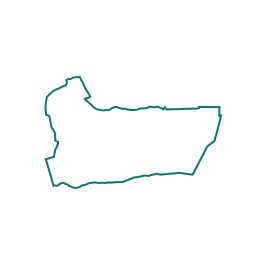 Sanislau, Satu Mare, Romania (Mercator projection), rotated 335°
{"feature_id": "2599482B43386440731502", "entity_name": "Sanislau", "entity_type": "district", "adm_level": 2, "iso_a3": "ROU", "parent_name": "Romania", "parent_adm1": "Satu Mare", "projection": "mercator", "projection_center": [22.273, 47.65], "detail": "fine", "context": "isolated", "style": "outline", "palette": "teal", "viewbox_px": 256, "rotation_deg": 335, "n_neighbors": 0, "source": "geoboundaries", "source_scale": "gbopen_adm2", "svg_char_len": 5605}
<svg xmlns="http://www.w3.org/2000/svg" viewBox="0 0 256 256"><g transform="rotate(335 128 128)"><path d="M217.7,156.0L217.5,155.9L215.9,155.6L218.7,150.0L219.8,147.8L218.7,147.3L216.7,146.3L212.8,144.4L211.4,143.7L210.1,143.2L208.4,142.3L207.3,141.8L206.3,141.3L206.2,141.3L203.2,139.9L201.1,138.9L200.7,140.0L199.2,139.7L196.9,138.7L193.5,137.3L193.5,137.2L192.6,136.8L192.4,136.7L190.4,135.9L188.0,134.8L186.7,134.3L179.7,131.4L178.4,130.8L176.6,129.9L175.6,129.5L174.4,129.0L171.7,127.9L171.3,127.8L171.0,127.7L170.8,126.8L170.2,124.7L169.0,125.5L168.9,125.6L168.5,125.8L168.0,126.1L166.9,124.5L166.5,124.2L165.4,123.0L164.7,122.2L164.2,121.6L163.9,121.3L163.6,121.2L163.4,121.0L163.1,121.0L162.7,120.9L161.4,120.6L160.9,120.4L160.2,120.1L159.3,119.6L158.9,119.5L158.6,119.3L158.4,119.1L158.2,119.0L158.0,118.7L157.8,118.5L157.6,118.4L157.3,118.2L157.0,118.1L156.7,118.1L155.9,118.0L155.4,117.9L154.6,117.8L153.7,117.8L152.9,117.7L152.2,117.5L151.2,117.1L150.4,116.8L149.4,116.3L148.5,116.0L147.3,115.6L146.5,115.5L145.1,115.3L143.4,115.0L142.3,114.8L141.7,114.6L140.9,114.2L140.4,114.0L139.2,113.4L136.2,111.6L135.4,111.1L135.0,110.7L133.9,109.6L132.8,109.0L131.4,108.3L130.3,107.7L130.0,107.3L129.6,107.0L129.2,106.6L128.0,105.5L127.8,105.3L127.3,104.9L126.7,104.3L126.5,104.1L126.3,103.9L125.7,103.7L125.2,103.5L124.9,103.4L123.7,103.3L122.4,103.2L121.7,103.2L120.4,103.5L119.3,103.6L119.0,103.6L117.9,103.5L117.5,103.4L117.4,103.3L117.1,103.2L116.4,102.6L116.2,102.6L115.2,102.3L114.7,102.2L114.0,102.0L113.6,101.8L112.4,101.2L112.0,101.0L111.7,100.8L110.2,99.7L109.1,98.9L108.0,98.1L107.7,97.8L107.0,96.9L105.8,95.0L105.6,94.8L105.4,94.1L105.2,93.6L104.5,91.4L103.3,88.6L102.7,87.2L102.0,85.5L101.3,84.1L101.3,83.9L101.3,83.2L103.4,83.6L104.8,83.9L106.0,84.0L107.0,83.7L106.9,83.5L106.9,83.4L106.9,82.8L106.9,82.3L107.0,81.9L107.0,81.4L106.9,80.5L106.7,79.2L106.6,78.1L106.6,77.7L106.4,76.3L106.3,75.3L106.1,74.9L105.9,74.5L106.0,73.4L106.1,70.6L106.2,68.2L106.2,67.2L106.2,66.7L106.2,66.2L105.8,65.1L105.8,64.4L105.8,63.9L105.8,63.4L105.8,62.9L105.8,62.1L105.8,61.5L105.8,61.4L104.8,61.0L101.8,59.8L100.4,59.3L99.8,59.2L99.3,59.0L99.1,59.0L98.5,59.2L97.2,59.3L96.7,59.3L95.3,58.9L94.8,58.5L93.6,58.4L92.3,58.6L92.2,59.4L91.9,60.6L91.4,61.5L90.0,63.0L89.4,63.0L87.0,62.8L86.6,62.8L84.7,62.8L83.9,62.9L82.9,63.0L81.4,62.8L80.3,62.8L77.9,62.8L77.4,62.9L76.4,63.0L75.1,63.2L74.0,63.4L72.4,64.0L71.7,64.1L69.6,64.9L68.8,65.1L67.5,65.6L65.8,68.2L65.0,69.3L63.7,71.5L62.8,72.7L62.5,73.3L61.1,76.7L60.4,78.6L59.4,81.2L60.7,82.6L61.7,84.0L61.5,84.9L60.9,87.5L59.9,91.6L59.4,93.5L59.0,95.2L59.3,97.1L59.5,99.0L59.7,101.5L59.8,101.9L59.6,102.4L58.7,104.3L58.5,104.8L57.8,106.3L56.9,108.2L56.8,108.7L57.6,110.0L58.0,110.4L58.8,111.0L58.2,112.2L57.5,113.4L56.1,114.1L55.0,115.7L53.2,116.5L51.7,118.8L50.9,119.8L50.0,120.9L49.0,122.3L48.4,123.0L47.4,122.6L45.4,122.3L43.3,122.0L41.2,121.8L40.3,121.6L40.0,123.4L39.8,125.3L39.4,127.9L39.3,128.5L39.0,130.3L38.9,130.8L38.6,133.0L38.2,135.7L38.0,137.1L37.6,139.5L37.3,141.2L36.8,144.3L36.7,145.1L36.3,147.9L36.2,148.8L36.5,148.7L37.4,149.3L38.6,150.0L38.9,150.2L39.6,150.4L39.9,150.5L40.6,150.4L41.0,150.5L41.8,150.0L42.2,149.9L42.5,149.8L42.9,149.7L44.2,149.8L44.9,149.8L45.2,149.9L45.9,150.3L46.3,150.5L46.7,150.9L47.0,151.2L47.2,151.5L47.3,151.9L47.4,152.0L48.0,152.6L48.2,152.8L48.4,152.9L48.6,153.0L48.8,153.1L49.1,153.4L49.4,153.8L49.6,154.2L49.7,154.4L49.8,154.6L49.9,154.8L50.0,155.2L50.1,155.6L50.4,155.8L50.5,155.9L50.8,156.3L51.2,156.7L51.5,156.9L51.7,157.1L52.3,157.8L52.6,158.1L53.2,158.8L53.7,159.3L54.8,160.0L55.5,160.4L55.8,160.5L56.2,160.6L56.8,160.7L58.4,160.8L59.9,161.0L60.0,161.0L60.8,160.8L61.6,160.6L61.8,160.6L62.1,160.7L62.7,160.9L63.0,161.0L63.3,161.0L63.7,161.1L64.1,161.3L64.3,161.4L64.6,161.4L65.0,161.4L65.9,161.5L66.2,161.5L66.7,161.6L66.9,161.7L67.2,161.5L67.8,161.5L68.2,161.5L68.6,161.5L69.2,161.6L70.2,161.7L70.4,161.8L70.6,161.9L71.0,162.0L71.6,162.2L72.0,162.4L72.4,162.6L72.8,162.7L73.2,162.7L73.6,162.8L73.9,162.9L74.1,162.9L74.7,163.3L76.0,164.0L77.1,164.7L77.3,164.8L77.8,165.1L78.3,165.3L78.7,165.6L79.2,165.9L79.5,166.0L80.1,166.2L80.4,166.3L80.7,166.4L80.9,166.5L81.4,166.5L81.7,166.6L82.2,167.0L83.7,168.1L83.9,168.2L84.2,168.3L84.6,168.4L85.1,168.4L85.4,168.5L85.6,168.5L87.1,169.2L87.7,169.4L88.0,169.6L88.3,169.7L88.4,169.8L88.9,169.9L89.1,170.0L89.5,170.2L89.7,170.4L90.5,170.8L91.0,171.0L92.1,171.3L92.3,171.3L93.3,171.8L94.2,172.1L95.3,172.5L96.1,172.8L96.7,173.1L97.0,173.2L97.2,173.3L98.1,173.7L99.3,174.3L100.4,174.7L100.6,174.8L101.8,174.7L102.3,174.8L103.3,174.8L104.8,174.8L106.0,175.0L106.9,175.1L107.1,175.0L108.3,175.2L109.0,175.2L109.7,175.3L110.4,175.4L110.9,175.4L112.0,175.4L112.5,175.4L113.3,175.6L114.0,175.9L114.4,176.0L115.0,176.3L115.5,176.4L116.1,176.7L116.6,176.8L118.4,177.1L118.9,177.2L119.9,177.4L120.4,177.5L123.1,178.2L123.4,178.3L124.1,178.7L124.6,179.0L125.6,179.7L126.3,180.1L126.9,180.2L128.2,180.3L130.1,180.6L132.8,181.2L133.6,181.4L135.0,181.8L135.3,181.9L135.6,182.2L135.9,182.4L136.6,183.1L136.8,183.3L137.5,183.7L137.6,183.9L139.0,184.5L139.9,184.8L141.0,185.1L142.1,185.6L143.6,186.1L144.4,186.4L145.4,186.7L146.4,187.1L150.4,188.6L152.0,189.1L153.7,189.6L154.1,189.8L154.6,189.9L155.0,190.1L155.5,190.4L157.0,191.3L157.6,191.7L158.3,192.2L158.8,192.5L160.1,193.4L161.0,193.9L161.7,194.4L163.6,195.6L166.9,197.6L170.7,194.6L172.4,193.4L176.9,189.9L182.9,185.2L186.3,182.7L190.4,179.4L191.4,178.7L192.4,178.1L199.6,176.6L200.5,176.4L201.0,176.2L202.3,174.6L206.1,170.2L208.2,167.6L211.8,163.3L214.4,160.1L217.7,156.0Z" fill="none" stroke="#0f766e" stroke-width="2"/></g></svg>